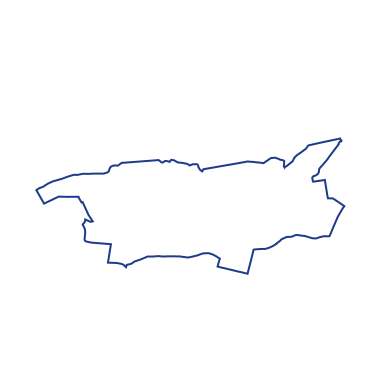 the district of Movileni, Galati, Romania, rotated 105°
{"feature_id": "2599482B38309693549911", "entity_name": "Movileni", "entity_type": "district", "adm_level": 2, "iso_a3": "ROU", "parent_name": "Romania", "parent_adm1": "Galati", "projection": "orthographic", "projection_center": [27.365, 45.757], "detail": "fine", "context": "isolated", "style": "outline", "palette": "blue", "viewbox_px": 384, "rotation_deg": 105, "n_neighbors": 0, "source": "geoboundaries", "source_scale": "gbopen_adm2", "svg_char_len": 3863}
<svg xmlns="http://www.w3.org/2000/svg" viewBox="0 0 384 384"><g transform="rotate(105 192 192)"><path d="M202.6,302.0L203.5,303.8L205.2,307.2L205.9,310.5L209.6,316.4L213.0,321.2L217.8,329.2L221.0,333.1L222.8,334.8L225.7,337.4L227.6,340.2L227.9,340.6L229.2,341.7L230.3,342.6L230.5,342.8L241.5,331.9L231.0,319.6L229.2,312.1L226.1,300.7L226.0,300.3L227.2,299.6L230.7,295.9L230.1,295.0L240.4,286.5L240.7,286.3L246.0,280.3L247.1,282.2L246.2,288.0L247.4,287.7L248.1,287.8L248.8,287.9L250.2,288.4L251.7,289.2L254.9,286.3L257.3,285.1L260.1,284.4L265.6,283.5L266.0,283.5L266.8,282.6L267.2,281.8L266.9,275.7L266.8,275.4L263.4,256.8L282.0,254.9L280.0,246.0L279.7,241.3L280.1,239.1L281.7,236.3L281.1,236.2L280.6,236.2L280.2,236.3L279.5,236.2L279.0,235.7L278.1,233.9L276.8,231.8L274.9,230.3L273.7,229.1L272.9,227.7L272.3,227.0L272.2,226.9L272.1,226.7L271.0,224.9L265.8,218.1L264.3,212.6L262.6,207.8L261.8,203.2L259.9,197.0L257.4,187.2L256.4,179.2L255.4,176.9L252.1,170.8L248.5,165.6L247.4,162.1L247.0,161.0L246.9,160.5L246.8,159.1L246.9,157.3L247.0,156.0L247.3,154.4L247.7,152.7L248.0,151.3L248.2,150.9L248.7,149.4L249.2,147.8L252.6,148.0L254.9,148.0L256.5,148.0L257.4,148.0L257.4,147.6L257.4,145.8L257.4,144.0L257.3,143.1L257.3,142.2L257.2,140.4L256.9,128.8L256.9,127.4L256.7,123.2L256.6,117.2L256.3,117.2L256.1,117.2L239.4,117.4L239.0,117.4L231.8,117.6L231.2,116.4L229.3,111.0L228.5,108.2L228.1,106.6L225.9,103.1L223.7,100.4L220.3,97.0L220.0,97.2L216.7,94.5L214.4,93.2L210.9,88.9L209.7,84.9L208.7,83.1L207.1,81.3L207.1,81.1L206.2,79.2L205.8,75.0L205.3,71.5L205.5,63.6L204.8,60.2L203.2,57.8L202.5,56.9L201.2,54.2L200.5,53.2L200.2,51.4L199.2,47.8L193.3,46.9L192.1,46.8L178.5,44.8L178.0,44.7L176.1,44.2L175.8,44.1L169.8,42.5L166.2,41.2L163.1,50.1L161.9,53.7L161.7,54.5L162.0,55.3L162.9,59.0L162.5,59.3L162.3,59.4L161.3,59.9L161.0,60.0L159.2,60.9L158.2,61.3L154.7,62.9L146.0,66.8L149.3,74.4L150.7,77.6L150.4,78.0L147.0,79.6L145.8,79.0L145.2,78.7L144.8,78.0L144.3,77.2L143.7,76.5L143.0,75.8L141.7,75.0L139.9,74.6L137.0,75.1L135.5,74.6L135.0,74.3L133.7,73.7L133.0,73.2L130.5,72.1L129.4,71.5L126.4,70.1L124.7,69.4L122.4,68.6L115.0,65.6L107.7,62.6L107.1,62.9L106.9,62.9L105.7,62.5L105.4,62.4L104.4,60.9L103.6,60.9L102.8,62.4L102.5,62.6L102.0,62.8L104.3,67.1L104.4,67.5L106.3,71.2L106.7,72.0L108.4,75.3L111.5,81.4L116.5,90.9L116.9,91.6L117.2,91.8L117.3,91.9L117.6,92.0L118.7,92.4L119.0,92.5L120.6,93.1L120.8,93.2L121.1,93.4L121.6,93.9L122.7,94.7L123.6,95.5L125.0,96.5L127.1,98.3L129.0,100.0L129.9,100.5L130.1,100.6L130.4,100.8L130.8,101.1L131.2,101.4L131.4,101.5L132.3,101.9L132.5,101.9L132.5,102.0L132.9,102.1L133.6,102.3L136.2,102.7L142.0,106.9L144.2,109.0L144.3,109.0L143.7,109.7L143.2,110.0L141.5,110.2L138.2,111.0L138.1,111.4L138.0,111.7L137.7,113.0L138.0,114.7L137.9,115.6L137.6,117.0L137.5,118.6L137.5,119.9L137.4,121.0L137.5,121.2L138.0,122.4L138.8,124.4L139.0,124.7L139.1,124.8L141.2,126.6L141.9,127.2L145.4,130.2L145.5,130.3L145.7,130.5L145.7,131.0L145.9,133.1L146.1,134.2L146.6,137.1L146.7,137.5L147.0,140.1L147.4,142.3L148.0,145.2L148.0,145.9L148.2,146.3L148.7,147.4L150.6,151.4L154.6,159.9L160.1,171.9L162.7,177.4L167.0,186.8L169.5,187.5L169.4,187.9L168.8,189.0L168.3,190.2L167.8,190.8L166.4,192.0L166.2,192.3L165.2,192.7L164.8,193.0L164.4,193.4L164.0,193.9L163.9,194.4L164.0,195.1L164.6,196.8L165.0,198.4L165.4,199.0L166.6,200.6L167.0,201.2L166.8,201.8L166.3,202.7L166.1,204.2L166.3,207.3L166.4,209.1L166.5,209.9L166.7,210.6L166.8,211.3L167.0,212.7L167.0,214.0L166.0,217.5L166.3,220.4L167.6,221.1L168.7,221.4L168.6,223.6L168.8,225.2L169.3,226.5L169.9,226.8L170.5,227.2L171.4,228.7L170.6,230.6L169.8,232.5L179.8,260.9L182.1,267.5L185.7,270.4L186.3,273.4L187.4,275.7L189.0,277.2L191.5,277.7L193.4,277.7L195.0,278.7L196.1,280.5L197.2,282.4L197.8,284.7L199.0,289.2L200.4,294.0L201.4,297.0L202.0,299.5L202.6,302.0Z" fill="none" stroke="#1e3a8a" stroke-width="2"/></g></svg>